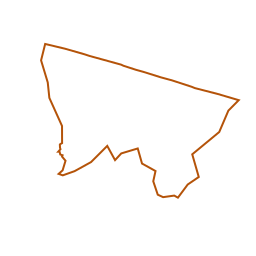 the district of Alleghany, North Carolina, United States of America, rotated 14°
{"feature_id": "52423323B93536446386656", "entity_name": "Alleghany", "entity_type": "district", "adm_level": 2, "iso_a3": "USA", "parent_name": "United States of America", "parent_adm1": "North Carolina", "projection": "equal_earth", "projection_center": [-81.137, 36.471], "detail": "fine", "context": "isolated", "style": "outline", "palette": "amber", "viewbox_px": 256, "rotation_deg": 14, "n_neighbors": 0, "source": "geoboundaries", "source_scale": "gbopen_adm2", "svg_char_len": 760}
<svg xmlns="http://www.w3.org/2000/svg" viewBox="0 0 256 256"><g transform="rotate(14 128 128)"><path d="M199.6,168.4L208.5,158.4L196.7,138.0L217.5,109.8L221.2,86.8L228.7,74.2L209.7,73.4L208.9,73.3L183.2,73.1L179.8,72.6L158.6,71.1L157.3,71.1L147.7,70.9L129.2,69.8L121.6,69.6L108.5,68.7L106.0,68.2L73.4,67.4L67.9,67.0L47.7,66.3L27.3,66.5L27.3,83.4L39.1,103.2L44.4,117.8L63.5,142.0L67.7,158.6L66.1,160.1L65.9,160.6L66.8,163.6L67.6,164.9L66.1,167.8L67.3,167.5L68.7,170.1L71.1,170.3L70.9,171.7L75.3,174.9L74.8,184.9L71.8,189.3L76.2,189.7L86.6,182.8L100.4,170.0L112.2,150.4L123.2,162.3L127.6,154.3L142.4,145.5L150.2,159.1L165.1,163.1L165.4,173.6L173.0,185.5L178.8,186.6L189.2,182.4L193.3,183.5L199.6,168.4Z" fill="none" stroke="#b45309" stroke-width="2"/></g></svg>